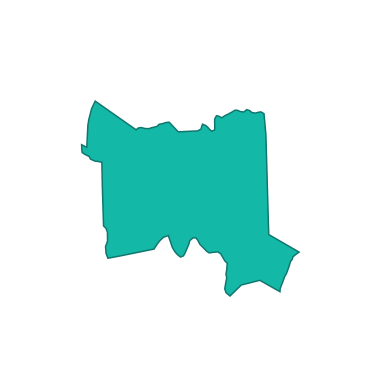 outline of Santa Luzia, Paraíba, Brazil, rotated 315°
{"feature_id": "56859067B37147580586043", "entity_name": "Santa Luzia", "entity_type": "district", "adm_level": 2, "iso_a3": "BRA", "parent_name": "Brazil", "parent_adm1": "Paraíba", "projection": "orthographic", "projection_center": [-36.906, -6.919], "detail": "fine", "context": "isolated", "style": "filled", "palette": "teal", "viewbox_px": 384, "rotation_deg": 315, "n_neighbors": 0, "source": "geoboundaries", "source_scale": "gbopen_adm2", "svg_char_len": 1629}
<svg xmlns="http://www.w3.org/2000/svg" viewBox="0 0 384 384"><g transform="rotate(315 192 192)"><path d="M147.4,80.5L144.3,83.8L142.2,86.5L142.9,89.7L143.7,92.1L144.4,94.3L143.5,97.0L145.2,101.5L147.3,104.2L149.3,107.2L142.0,114.8L132.3,124.9L105.5,153.4L105.5,156.8L103.7,160.7L97.4,167.1L92.3,169.4L87.8,174.7L85.7,179.4L97.3,187.3L124.8,205.5L129.8,204.4L134.4,203.7L139.6,203.8L144.5,206.0L142.9,209.2L140.3,214.5L138.9,217.3L137.8,221.6L137.4,225.8L137.9,229.9L140.8,231.1L143.8,230.3L152.6,226.8L156.1,224.8L160.2,225.2L162.3,227.0L162.1,229.8L160.6,234.5L160.5,244.7L161.1,247.2L164.4,249.7L167.9,252.6L168.6,256.0L166.5,263.8L166.5,267.3L161.9,271.3L157.9,274.1L155.8,277.3L151.9,279.9L146.7,283.6L144.9,287.2L145.3,292.4L161.1,292.6L167.4,296.4L177.5,302.4L183.7,324.7L185.9,322.8L188.3,321.6L191.2,320.4L193.5,319.3L197.6,317.4L201.2,316.4L204.7,314.8L207.9,313.3L209.9,312.2L212.6,310.8L215.2,310.5L217.5,309.2L220.7,309.5L225.2,310.2L216.2,276.4L222.9,269.2L284.9,203.6L298.3,187.5L297.4,184.1L295.1,182.4L292.8,181.2L290.6,178.3L290.3,175.1L288.9,172.4L285.4,172.2L283.1,169.4L282.0,166.5L280.3,164.6L276.7,163.7L273.0,162.6L269.6,161.4L265.4,160.5L264.7,157.7L263.3,155.4L260.4,156.1L258.4,157.6L255.9,160.2L254.3,161.9L251.9,164.1L248.8,162.9L248.7,160.2L248.9,157.8L248.8,154.9L247.4,151.5L245.0,152.6L242.9,153.9L239.1,152.7L224.8,139.7L225.2,126.5L222.9,124.6L219.5,122.8L216.5,120.8L214.0,121.0L211.6,119.7L208.9,118.0L206.4,116.8L203.7,113.9L201.5,110.3L198.9,108.6L196.5,108.6L187.8,59.3L179.7,62.2L170.1,67.9L165.4,71.3L149.2,86.0L147.4,80.5Z" fill="#14b8a6" stroke="#0f766e" stroke-width="1.5"/></g></svg>